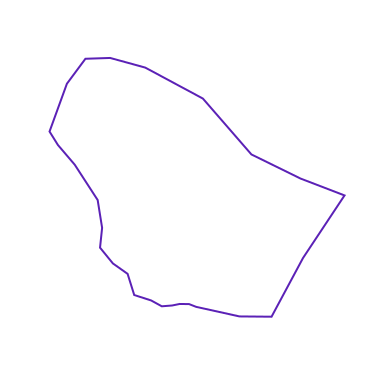 SVG path tracing the border of Mežica, rotated 190°
{"feature_id": "SVN-970", "entity_name": "Mežica", "entity_type": "Municipality", "adm_level": 1, "iso_a3": "SVN", "parent_name": "Slovenia", "parent_adm1": "", "projection": "mercator", "projection_center": [14.856, 46.525], "detail": "fine", "context": "isolated", "style": "outline", "palette": "violet", "viewbox_px": 384, "rotation_deg": 190, "n_neighbors": 0, "source": "natural_earth", "source_scale": "10m", "svg_char_len": 476}
<svg xmlns="http://www.w3.org/2000/svg" viewBox="0 0 384 384"><g transform="rotate(190 192 192)"><path d="M41.2,215.1L71.2,146.3L92.0,83.0L123.7,77.7L167.9,79.6L175.4,81.1L184.7,79.6L191.8,76.8L201.9,74.2L213.4,78.1L231.0,80.5L241.2,100.2L257.5,107.9L272.9,121.2L274.3,141.1L283.5,167.7L312.2,198.5L332.2,215.0L342.8,226.8L334.0,276.9L320.1,304.7L295.9,309.8L259.7,306.4L197.5,285.9L140.0,239.3L87.5,224.1L41.2,215.1Z" fill="none" stroke="#5b21b6" stroke-width="2"/></g></svg>